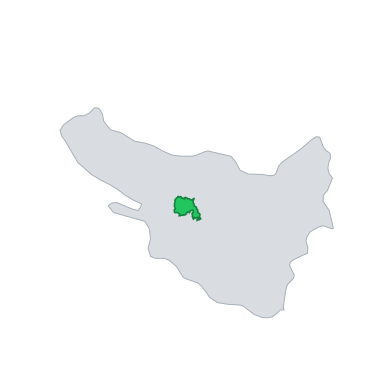 location of Cotuí, Sánchez Ramírez, Dominican Republic, rotated 200°
{"feature_id": "3306468B72281596552802", "entity_name": "Cotuí", "entity_type": "district", "adm_level": 2, "iso_a3": "DOM", "parent_name": "Dominican Republic", "parent_adm1": "Sánchez Ramírez", "projection": "orthographic", "projection_center": [-70.199, 18.97], "detail": "fine", "context": "in_parent", "style": "filled", "palette": "green", "viewbox_px": 384, "rotation_deg": 200, "n_neighbors": 0, "source": "geoboundaries", "source_scale": "gbopen_adm2", "svg_char_len": 5933}
<svg xmlns="http://www.w3.org/2000/svg" viewBox="0 0 384 384"><g transform="rotate(200 192 192)"><path d="M64.8,253.2L65.3,239.5L67.5,233.9L65.6,228.0L56.8,221.6L51.5,213.5L46.8,206.3L47.9,205.3L57.5,205.1L60.9,202.5L67.3,195.2L68.7,189.3L68.2,184.9L64.1,179.5L62.5,173.9L67.7,169.1L74.4,162.0L75.4,159.2L75.3,156.5L67.5,148.9L67.0,145.7L70.7,137.6L70.4,132.2L66.9,115.3L65.2,112.7L68.7,111.4L71.0,106.4L74.1,101.9L78.2,99.5L82.8,98.1L91.9,98.2L104.5,102.2L108.1,102.2L120.2,98.7L130.3,96.8L139.7,99.1L143.5,102.1L151.4,107.0L155.3,108.5L167.6,108.4L171.0,108.8L181.4,116.8L190.1,120.0L195.2,120.2L204.3,117.1L208.8,117.2L214.0,124.0L215.0,133.8L219.3,142.6L226.0,148.3L258.7,145.8L266.0,150.4L263.5,154.3L258.9,156.4L243.4,155.6L236.6,156.0L235.2,159.9L235.2,163.5L244.3,164.3L253.2,166.0L262.4,168.9L271.6,170.8L282.1,172.0L292.4,174.0L309.5,180.8L328.6,196.6L333.8,200.2L337.2,205.1L335.6,211.3L328.9,221.4L325.1,224.7L319.5,226.7L315.7,230.9L312.1,238.0L309.8,238.6L307.2,238.3L302.6,234.3L299.2,228.3L290.0,222.6L279.1,223.4L263.1,220.1L253.4,221.8L243.6,222.2L233.7,220.5L223.7,219.9L213.7,222.1L204.0,225.8L200.5,228.1L194.2,233.9L191.0,236.0L167.4,238.9L160.6,234.7L154.3,228.9L145.2,228.1L132.1,232.5L123.8,234.1L120.5,236.0L119.5,238.1L119.4,246.2L117.5,251.0L104.6,269.4L97.3,282.4L94.3,286.4L90.8,287.2L84.5,279.7L80.5,276.9L75.5,275.5L73.5,271.6L73.6,265.9L72.3,260.4L69.3,256.1L64.8,253.2Z" fill="#d9dde1" stroke="#a8b0b8" stroke-width="1"/><path d="M175.8,168.4L175.9,168.6L175.9,168.8L175.9,169.0L175.7,169.2L175.3,169.3L174.9,169.4L174.6,169.5L174.6,169.8L174.8,170.1L175.3,170.3L175.8,170.8L176.2,171.0L176.5,171.1L176.6,171.4L176.6,171.8L176.6,172.0L176.5,172.3L176.7,173.0L176.7,173.3L176.7,173.5L176.9,173.8L177.0,173.9L178.0,174.4L178.3,174.5L179.2,174.5L179.4,174.5L179.6,174.6L179.8,174.9L179.9,175.0L179.9,175.3L179.7,175.6L179.7,175.9L179.8,176.0L180.1,176.4L180.4,177.0L180.5,177.2L180.6,177.3L180.8,177.3L181.1,177.3L181.5,177.8L181.8,177.8L182.0,177.9L182.2,178.3L182.4,178.8L182.5,179.1L182.9,179.4L183.0,179.4L184.0,179.5L184.4,179.5L184.6,179.7L185.0,179.8L185.3,179.8L185.4,179.7L185.5,179.8L185.6,180.0L185.6,180.5L185.6,180.8L185.6,181.0L185.8,181.2L185.9,181.3L186.1,181.5L186.4,181.7L186.7,181.9L186.8,182.0L187.2,182.3L187.3,182.5L187.4,183.1L187.5,183.3L187.9,183.6L188.0,183.7L188.1,183.8L188.2,184.1L188.3,184.2L188.2,184.3L187.9,184.7L187.8,185.1L187.7,185.3L187.7,185.6L187.7,186.3L187.9,186.6L188.1,186.4L188.3,186.3L188.3,186.2L188.7,185.7L188.8,185.6L189.1,184.9L189.2,184.7L189.4,184.6L189.5,184.5L190.2,184.4L190.3,184.4L190.5,184.2L190.8,184.1L191.3,184.5L191.7,184.5L191.8,184.5L192.2,184.7L192.4,184.7L192.5,184.7L193.1,184.3L193.4,184.1L194.1,184.3L194.4,184.6L194.5,184.7L194.9,184.7L195.1,184.6L195.3,184.5L195.7,184.7L195.9,184.7L196.3,184.7L196.5,184.7L196.7,184.4L196.8,184.2L196.8,183.9L196.8,183.3L196.7,183.2L196.7,182.9L196.8,182.9L197.1,183.1L197.4,182.9L197.6,182.8L197.8,182.8L198.1,183.1L198.3,183.3L198.5,183.3L198.8,183.2L199.3,182.7L199.5,182.7L199.8,182.7L199.9,182.9L200.1,183.1L200.2,183.4L200.3,183.5L200.5,183.7L200.7,183.8L201.0,183.8L201.3,183.8L201.8,183.5L201.9,183.4L202.1,183.1L202.2,182.9L202.4,182.7L202.5,182.7L202.8,182.6L203.1,182.8L203.4,183.0L203.5,183.1L203.7,182.9L203.7,182.5L203.7,182.2L203.9,181.7L204.1,181.5L204.2,181.4L204.5,181.2L204.6,180.7L205.0,179.8L205.1,179.4L205.3,179.0L205.3,178.7L205.3,178.2L205.0,177.7L204.9,177.5L204.5,177.1L204.4,177.0L204.4,176.9L204.4,176.7L204.4,175.9L204.4,175.6L204.5,175.3L204.5,175.1L204.3,174.6L204.2,174.4L204.0,173.9L203.9,173.8L203.9,173.6L203.9,173.0L203.9,172.9L203.8,172.7L203.6,172.5L202.7,171.6L202.5,171.4L202.3,171.3L202.1,171.1L201.8,170.7L201.8,170.4L201.9,170.2L202.1,170.1L202.4,169.9L202.5,169.4L202.6,169.2L202.6,168.9L202.5,168.7L202.4,168.6L202.1,168.4L202.0,168.2L202.0,167.7L201.9,167.5L201.8,167.4L201.5,167.2L201.4,167.1L201.3,166.8L201.2,166.8L201.1,166.7L200.9,166.7L200.6,166.8L200.3,167.0L200.1,167.1L199.0,167.7L198.8,167.7L198.6,167.7L198.2,167.6L197.8,167.5L197.5,167.3L197.1,167.3L196.4,167.3L196.3,167.2L196.2,167.2L196.1,166.2L196.1,165.7L196.0,165.2L195.5,165.4L195.2,165.5L194.9,165.6L194.8,165.8L194.8,166.0L194.7,166.2L194.6,166.3L194.3,166.4L193.9,166.6L193.7,166.7L193.4,166.6L193.2,166.6L192.9,166.8L192.5,167.0L192.4,167.1L192.3,167.5L192.2,167.7L192.1,167.8L191.9,167.8L191.6,167.7L191.2,167.7L190.9,167.8L190.9,168.2L190.9,168.3L190.5,168.5L190.2,168.7L190.1,168.9L190.1,169.0L190.1,169.3L190.2,169.5L190.1,169.8L189.7,169.9L189.8,170.1L189.8,170.3L189.8,170.6L189.8,170.9L189.7,171.1L189.5,171.4L189.4,171.5L188.9,171.7L188.8,171.8L188.7,172.0L188.5,172.3L188.3,172.3L188.1,172.2L187.9,171.9L187.7,171.7L187.4,171.5L187.2,171.6L187.2,171.9L187.3,172.0L187.2,172.2L187.2,172.4L187.2,173.2L187.2,173.4L187.1,173.6L186.8,174.0L186.7,174.3L186.5,174.5L186.1,174.5L185.8,174.7L185.7,174.9L185.5,175.3L185.3,175.3L185.1,175.3L185.1,175.2L184.4,174.5L184.2,174.3L183.9,173.8L183.7,173.3L183.7,173.2L183.8,173.0L183.8,172.9L184.2,172.8L184.5,172.6L184.6,172.2L184.6,171.9L184.5,171.6L184.4,171.4L184.3,171.0L184.2,170.8L183.9,170.6L183.7,170.4L183.5,170.1L183.4,169.8L183.4,169.7L183.4,169.1L183.1,168.7L182.9,168.6L182.7,168.5L182.6,168.4L182.4,168.2L182.1,167.7L181.9,167.4L181.8,167.2L181.7,167.1L181.3,166.9L181.2,167.1L181.1,167.4L181.1,167.5L181.1,167.8L181.4,168.3L181.5,168.4L181.5,168.6L181.5,168.8L181.3,168.8L181.2,168.8L180.9,168.8L180.6,168.8L180.3,168.6L180.1,168.6L179.9,168.6L179.7,168.8L178.8,169.7L178.6,169.8L178.4,170.0L178.2,170.0L178.1,169.9L177.8,169.8L177.6,169.8L177.1,170.1L176.9,170.2L176.6,170.0L176.5,169.8L176.4,169.7L176.5,169.5L176.9,169.5L177.1,169.4L177.4,169.3L177.5,169.2L177.6,168.7L177.8,168.4L177.8,168.2L177.8,167.7L177.8,167.4L177.7,167.3L177.5,167.0L177.4,167.2L177.3,167.4L177.2,167.5L176.8,167.7L176.7,167.8L176.5,168.0L176.3,168.2L176.2,168.3L175.8,168.4Z" fill="#22c55e" stroke="#15803d" stroke-width="1.5"/></g></svg>